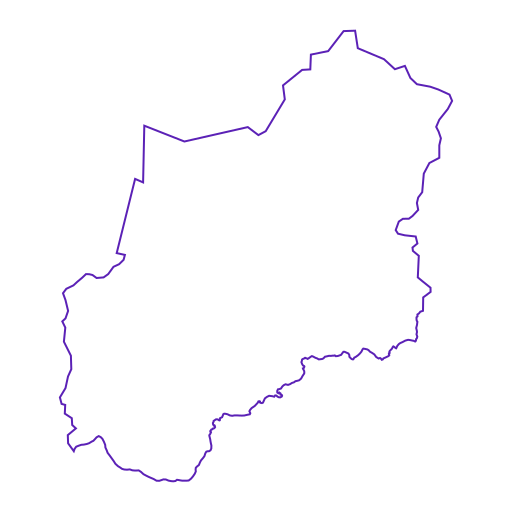 the district of Sarandí del Yí, Durazno, Uruguay
{"feature_id": "84410073B30511027712587", "entity_name": "Sarandí del Yí", "entity_type": "district", "adm_level": 2, "iso_a3": "URY", "parent_name": "Uruguay", "parent_adm1": "Durazno", "projection": "mercator", "projection_center": [-55.569, -33.214], "detail": "fine", "context": "isolated", "style": "outline", "palette": "violet", "viewbox_px": 512, "rotation_deg": 0, "n_neighbors": 0, "source": "geoboundaries", "source_scale": "gbopen_adm2", "svg_char_len": 4915}
<svg xmlns="http://www.w3.org/2000/svg" viewBox="0 0 512 512"><path d="M73.8,451.2L74.6,448.9L76.2,446.7L78.7,445.7L81.3,444.8L83.8,444.6L86.8,444.0L89.1,443.2L91.7,441.6L93.4,440.8L94.9,439.2L96.6,437.3L98.7,436.1L100.7,437.1L102.4,438.8L103.9,441.7L105.2,444.9L105.4,447.5L106.7,450.3L107.6,452.8L109.6,455.4L112.2,459.0L113.7,461.1L115.4,463.8L118.0,466.2L120.0,467.4L122.1,468.9L124.3,469.5L127.0,469.7L129.8,469.4L132.3,470.3L134.5,470.5L136.7,470.5L138.7,470.4L141.0,471.9L143.5,474.2L146.1,475.6L148.7,476.9L151.0,477.9L153.6,479.0L156.5,480.7L159.3,480.8L161.7,480.0L163.4,479.4L165.9,479.5L168.5,480.6L171.0,481.1L173.2,481.3L175.4,481.0L177.0,479.8L178.9,480.1L180.5,480.4L182.4,480.7L183.6,480.7L186.3,480.7L188.7,480.5L191.0,478.7L192.9,476.5L194.8,473.7L195.8,471.4L195.6,469.6L195.8,467.8L196.9,466.6L198.9,465.0L200.0,462.3L201.0,460.4L202.8,458.3L203.2,457.8L204.4,456.2L205.3,453.4L206.3,451.7L207.4,451.3L209.1,451.2L210.5,450.3L211.3,448.5L211.4,445.6L210.9,443.4L210.5,441.3L210.2,439.3L209.3,435.6L209.4,435.0L209.8,434.5L210.2,434.0L211.0,432.3L210.9,432.0L210.5,432.0L210.3,431.7L210.3,431.0L210.6,430.6L211.4,429.5L212.4,429.3L212.8,428.6L213.5,428.5L213.8,428.4L214.1,428.3L214.8,427.6L215.1,427.1L214.9,426.5L214.7,425.5L214.3,425.2L214.0,425.2L213.7,425.4L213.1,424.4L212.9,423.0L213.6,421.7L213.6,421.0L214.1,420.6L216.1,419.3L217.8,419.4L218.4,419.9L219.3,420.4L219.6,420.4L219.9,420.1L219.9,419.3L220.0,418.6L220.2,418.0L221.1,417.7L222.1,417.2L222.7,415.8L223.3,414.2L224.2,413.7L225.6,413.8L227.6,414.3L229.8,415.4L232.2,415.8L234.5,415.4L237.1,415.4L239.0,415.5L241.8,415.6L244.3,415.5L247.3,414.8L249.8,414.3L250.3,413.2L249.4,411.2L250.1,409.9L251.6,408.1L254.7,406.0L257.7,402.8L258.4,401.4L259.3,401.2L260.0,401.5L259.9,402.4L260.4,402.8L261.9,403.1L263.0,402.6L263.8,400.8L264.9,398.4L266.9,396.9L269.1,395.8L272.4,396.2L274.2,396.7L275.2,395.4L276.5,395.6L277.3,396.5L278.6,397.2L280.2,397.4L281.7,396.6L282.1,395.8L281.8,395.0L280.8,394.8L280.4,394.6L280.3,394.1L280.6,393.7L280.4,393.3L279.6,392.9L279.3,392.5L278.9,392.6L278.5,393.2L278.3,393.1L277.8,392.9L277.3,392.5L277.2,391.0L277.6,390.1L278.0,389.3L279.0,389.2L281.0,388.5L282.3,386.5L283.7,385.2L285.5,384.3L288.0,384.9L290.2,384.1L291.8,383.0L294.0,382.3L295.4,381.2L297.3,380.8L299.1,380.3L301.1,378.6L302.6,375.9L304.2,373.5L304.3,372.4L304.2,371.1L303.8,370.2L303.0,368.8L302.9,368.4L303.2,368.3L303.8,368.0L304.4,366.7L304.2,366.1L303.0,365.5L302.1,364.0L301.4,362.1L301.8,361.1L302.1,359.5L302.6,359.1L303.3,358.8L304.7,358.2L304.9,357.9L305.6,357.9L306.1,358.3L307.1,358.5L307.6,358.9L308.4,358.5L310.0,357.3L311.0,356.6L311.9,356.1L313.2,356.6L315.4,357.8L317.1,358.4L318.8,359.4L319.6,359.3L322.1,359.0L323.4,358.4L325.0,356.7L326.6,356.4L329.0,355.8L330.8,355.9L333.1,355.6L333.9,355.7L334.8,355.4L335.8,356.2L337.8,356.0L339.3,355.5L341.2,354.8L342.0,353.6L343.4,351.8L344.6,351.8L348.4,353.5L349.3,355.0L349.4,356.8L350.5,358.0L351.6,359.0L352.7,359.4L353.3,359.3L354.3,357.6L355.6,357.0L358.0,355.3L359.8,353.6L361.4,351.7L362.6,349.3L363.3,348.6L365.0,348.9L367.2,349.4L368.5,350.1L370.0,351.7L372.1,352.9L374.3,354.4L376.2,357.0L378.6,358.5L380.0,358.0L380.8,358.5L381.8,359.8L382.8,359.4L383.4,358.4L385.5,357.5L388.6,356.0L389.3,355.1L388.9,354.3L388.9,353.5L389.5,353.2L389.7,352.9L389.3,352.1L389.5,351.4L389.8,350.9L392.0,348.6L392.7,347.1L393.3,346.4L394.1,346.8L395.8,348.2L396.2,348.3L397.3,345.9L398.8,344.1L400.2,343.1L402.5,342.1L405.3,340.6L407.8,339.9L408.9,339.9L410.2,340.1L413.0,340.7L413.8,340.8L414.3,341.1L414.8,341.4L415.3,341.5L415.6,341.2L416.0,340.3L416.1,339.1L416.8,338.4L417.3,336.7L416.5,334.3L417.0,332.0L416.8,330.6L416.2,328.0L417.0,324.9L417.2,323.2L417.4,321.8L416.7,320.6L416.5,319.0L416.5,317.3L417.5,316.4L417.4,314.5L419.0,313.4L420.3,311.7L423.0,310.8L423.2,297.4L430.6,291.9L430.5,287.7L422.4,281.2L417.8,277.4L418.8,255.8L412.9,250.9L412.5,247.5L417.4,243.5L415.7,236.5L404.8,235.3L398.0,233.7L395.7,230.1L398.8,221.6L402.9,218.8L408.9,218.7L412.5,216.0L418.2,209.9L416.9,203.0L418.2,197.5L422.2,192.2L423.8,173.6L429.4,163.0L439.3,157.8L439.3,145.3L440.9,138.3L438.6,131.6L436.2,126.9L439.3,119.7L447.8,109.0L452.1,100.9L449.5,94.6L438.3,89.5L430.2,86.7L416.9,84.2L410.4,78.0L404.9,65.9L394.9,69.2L384.0,59.2L357.8,48.2L355.1,30.7L343.6,31.1L328.2,51.1L310.9,54.6L310.3,69.4L302.1,69.9L283.0,85.4L284.8,99.4L265.7,131.2L258.4,135.1L247.8,127.1L184.4,141.5L144.3,125.7L143.1,182.4L135.1,178.9L116.7,253.1L124.9,254.9L123.6,259.8L119.1,264.2L113.5,266.8L108.2,274.1L103.6,277.4L96.6,278.0L92.5,275.0L89.2,274.2L86.0,274.1L82.2,277.7L77.2,281.9L73.4,285.4L66.3,288.8L63.0,293.2L65.5,300.1L68.1,310.9L65.5,318.4L62.3,321.4L65.3,327.6L63.9,341.7L70.9,355.7L71.3,369.2L68.0,376.5L65.5,388.1L59.9,397.4L61.6,403.9L65.2,404.9L64.8,413.6L71.8,418.2L72.2,425.0L75.9,428.4L67.8,435.1L68.1,443.3L70.2,446.2L73.8,451.2Z" fill="none" stroke="#5b21b6" stroke-width="2"/></svg>